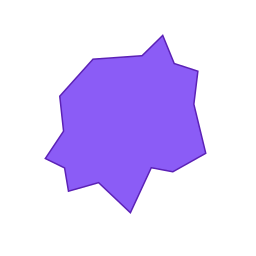 Waynesboro, Virginia, United States of America (Robinson projection), rotated 334°
{"feature_id": "52423323B98983591567848", "entity_name": "Waynesboro", "entity_type": "district", "adm_level": 2, "iso_a3": "USA", "parent_name": "United States of America", "parent_adm1": "Virginia", "projection": "robinson", "projection_center": [-78.906, 38.066], "detail": "fine", "context": "isolated", "style": "filled", "palette": "violet", "viewbox_px": 256, "rotation_deg": 334, "n_neighbors": 0, "source": "geoboundaries", "source_scale": "gbopen_adm2", "svg_char_len": 362}
<svg xmlns="http://www.w3.org/2000/svg" viewBox="0 0 256 256"><g transform="rotate(334 128 128)"><path d="M40.3,119.2L53.5,136.1L46.8,158.7L77.6,164.2L93.0,205.2L131.5,173.9L149.1,187.0L186.8,184.8L197.6,135.5L215.7,107.6L197.8,90.3L199.8,60.0L172.3,69.2L126.7,50.8L80.6,69.5L68.7,102.6L40.3,119.2Z" fill="#8b5cf6" stroke="#5b21b6" stroke-width="1.5"/></g></svg>